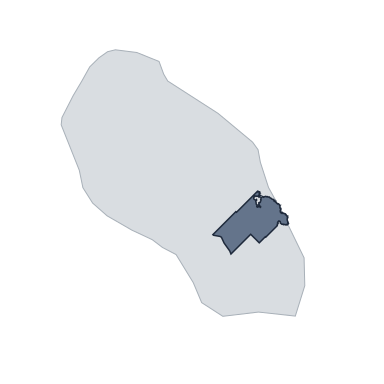 73, Ar Rayyān, Qatar (highlighted), rotated 135°
{"feature_id": "91078587B33419778787215", "entity_name": "73", "entity_type": "district", "adm_level": 2, "iso_a3": "QAT", "parent_name": "Qatar", "parent_adm1": "Ar Rayyān", "projection": "mercator", "projection_center": [50.94, 25.696], "detail": "fine", "context": "in_parent", "style": "filled", "palette": "slate", "viewbox_px": 384, "rotation_deg": 135, "n_neighbors": 0, "source": "geoboundaries", "source_scale": "gbopen_adm2", "svg_char_len": 5376}
<svg xmlns="http://www.w3.org/2000/svg" viewBox="0 0 384 384"><g transform="rotate(135 192 192)"><path d="M207.8,344.2L191.3,348.4L175.8,352.8L162.9,352.7L152.5,350.9L145.6,346.7L132.4,329.7L123.0,307.6L128.7,295.3L130.7,287.6L118.0,229.2L113.9,184.4L115.4,175.2L122.7,164.6L134.7,141.1L141.2,118.5L159.3,66.2L178.5,46.0L206.7,31.2L229.9,60.1L258.1,82.3L263.4,106.9L255.2,127.0L247.5,159.0L252.1,173.6L253.8,186.3L261.5,207.6L268.9,235.2L270.1,254.4L266.1,272.2L256.3,287.1L237.0,332.0L231.3,336.6L207.8,344.2Z" fill="#d9dde1" stroke="#a8b0b8" stroke-width="1"/><path d="M155.6,107.9L155.4,108.2L155.1,108.2L155.0,108.3L155.0,108.5L154.3,108.8L154.0,108.8L154.0,109.0L153.8,109.0L153.6,109.1L153.0,109.1L153.0,109.4L153.1,109.5L152.9,109.8L152.9,110.0L151.8,110.2L151.5,110.1L151.4,110.2L151.2,110.2L151.1,109.9L150.8,109.9L150.7,110.1L150.7,109.3L150.7,109.2L150.5,108.8L150.7,108.6L150.9,108.1L151.0,108.0L151.1,107.8L151.4,107.7L151.5,107.1L151.2,106.1L151.3,106.1L151.3,105.7L151.1,105.6L150.9,105.3L150.8,105.1L150.5,105.0L150.4,104.9L150.4,104.7L150.5,104.6L150.5,104.4L150.3,104.4L150.3,104.2L149.9,104.1L149.8,103.7L149.4,103.5L149.2,102.8L149.1,102.6L148.8,102.6L148.3,102.5L148.2,102.4L148.3,102.2L148.1,102.2L147.9,101.5L147.6,101.5L147.6,101.4L146.5,101.4L146.3,101.5L146.3,101.4L146.1,101.4L146.0,101.6L145.9,102.1L145.7,102.3L145.5,102.7L145.4,102.8L145.3,103.1L145.5,103.1L145.4,103.2L145.3,103.3L145.2,103.4L145.2,103.6L145.1,103.8L144.9,104.3L144.7,104.4L144.6,104.5L144.3,105.0L144.0,105.5L143.0,105.9L143.0,106.0L142.9,106.0L142.7,106.1L142.7,106.3L142.1,106.4L142.1,106.6L141.9,106.8L142.0,106.8L142.1,107.0L141.9,107.2L141.8,107.3L141.7,107.7L141.9,107.8L141.9,108.0L141.7,108.0L141.8,108.2L141.8,108.3L141.8,108.8L141.8,109.1L141.6,109.1L141.5,109.4L141.5,109.7L141.7,109.9L141.5,110.0L141.4,110.2L141.4,110.3L141.6,110.3L141.6,110.7L141.9,111.5L142.2,112.1L142.3,112.1L142.5,112.2L142.4,112.3L142.5,112.4L142.5,112.9L143.0,113.0L143.1,113.3L142.9,113.7L143.0,113.7L143.0,113.9L143.8,113.9L143.7,114.3L143.4,114.3L143.5,114.6L143.8,114.7L143.8,114.8L143.6,114.9L143.5,115.0L143.6,115.5L143.4,115.7L143.2,116.0L143.0,115.9L142.9,116.1L142.6,116.2L142.6,116.4L142.5,116.6L142.4,116.6L142.2,116.8L141.8,116.9L141.5,116.9L141.5,117.1L141.1,117.3L140.9,117.6L141.0,117.8L140.8,117.8L140.9,118.1L140.9,118.6L140.7,118.8L140.7,119.0L140.4,119.2L140.1,119.4L139.9,119.9L139.6,120.2L139.6,120.3L139.4,120.3L139.5,120.4L139.2,120.9L139.2,121.5L139.1,121.9L139.2,122.2L139.2,122.4L139.2,122.6L139.4,122.7L139.7,122.8L139.7,123.0L139.9,123.1L139.9,123.4L140.0,123.5L140.0,123.9L139.9,124.4L140.0,124.4L140.0,124.8L140.0,125.0L140.0,125.6L140.1,126.0L140.1,126.3L140.0,126.5L139.9,126.5L140.0,126.6L140.2,127.1L140.3,127.4L140.4,127.7L140.3,127.8L140.1,127.9L140.1,128.2L140.0,128.4L139.8,128.3L139.9,128.5L139.9,128.8L139.8,129.1L139.7,129.1L139.7,129.3L139.8,129.4L139.9,129.6L140.1,129.7L140.4,130.0L140.5,130.8L140.4,131.2L140.6,131.4L140.6,131.8L140.7,132.1L140.8,132.1L141.0,132.5L140.9,132.8L140.9,133.7L141.1,133.7L141.4,134.3L141.6,134.5L141.8,135.3L142.3,135.4L142.3,135.6L142.5,135.8L142.7,136.3L142.8,136.3L142.8,136.5L143.1,136.7L143.1,136.9L143.2,137.0L143.7,137.2L143.9,137.3L144.1,137.5L144.4,137.5L144.6,137.8L145.1,137.6L145.2,137.8L145.3,138.0L145.3,138.3L145.5,138.4L145.6,138.7L145.5,138.9L146.6,139.1L146.8,139.2L147.1,139.4L147.1,139.2L147.5,138.9L148.0,138.4L148.3,138.4L148.6,138.2L148.8,138.1L148.8,137.5L149.0,137.4L149.8,137.1L150.1,136.9L150.5,136.7L151.1,136.4L151.4,136.5L151.6,136.8L152.3,137.1L152.4,136.9L152.7,136.7L152.9,136.4L153.2,136.3L153.3,136.0L153.6,135.9L153.7,135.2L153.9,135.2L153.8,134.8L153.9,134.6L154.2,134.3L154.2,134.1L154.2,133.6L153.9,133.4L153.9,133.0L154.1,132.9L154.2,133.1L154.4,133.0L154.4,133.3L154.2,133.2L154.1,133.3L154.4,133.4L154.4,133.7L154.8,133.8L154.9,134.4L155.0,134.8L155.6,134.7L155.7,135.3L156.0,135.5L156.0,134.6L156.1,134.8L156.5,135.0L156.6,135.4L156.5,135.9L156.3,136.1L156.2,136.1L156.0,136.3L155.7,136.4L155.5,136.5L155.0,136.6L155.2,137.2L155.2,137.8L154.8,138.5L154.3,139.1L154.0,139.3L153.9,139.5L153.7,140.0L153.4,140.4L152.9,140.5L152.7,140.5L152.3,140.4L152.0,140.6L152.2,140.9L152.1,141.0L152.3,141.0L152.5,141.2L152.5,141.4L152.3,141.4L152.6,141.4L152.8,141.5L153.1,142.3L153.2,143.3L153.0,143.7L152.7,144.0L152.1,144.4L151.9,144.4L151.9,144.5L151.7,144.5L151.4,144.7L151.2,144.8L150.8,144.8L150.8,145.0L150.4,144.9L150.1,144.6L150.0,144.1L150.0,143.9L149.8,143.8L149.8,143.7L149.5,143.7L149.2,143.4L149.1,143.0L148.8,142.8L148.7,142.8L148.6,142.5L148.3,142.3L148.3,142.2L148.2,142.0L148.2,141.6L148.3,140.9L148.1,140.9L148.1,141.2L147.8,141.1L147.7,140.8L147.8,141.2L148.0,141.4L147.9,142.2L147.6,142.3L147.6,142.2L147.0,142.2L146.9,142.0L146.7,142.0L146.6,141.5L146.7,141.1L146.3,141.1L146.2,141.2L145.9,141.1L146.0,141.4L146.1,141.5L146.4,141.7L146.5,142.0L146.4,142.4L146.2,142.7L146.0,142.9L145.9,143.0L145.7,143.3L145.4,143.3L145.1,143.5L145.1,143.4L145.0,143.5L144.9,143.4L144.9,143.6L144.5,143.7L144.5,143.8L144.5,144.0L144.4,144.0L144.1,144.0L144.1,144.4L144.2,144.5L144.4,144.5L144.7,144.8L144.6,145.3L145.2,145.4L145.1,145.6L145.1,146.2L174.9,146.2L174.9,147.1L207.4,147.1L207.4,146.2L203.6,140.8L203.2,139.2L205.4,133.2L207.0,123.6L208.3,120.6L180.4,120.6L180.4,108.5L171.8,108.5L171.8,107.9L155.6,107.9Z" fill="#64748b" stroke="#1e293b" stroke-width="1.5"/></g></svg>